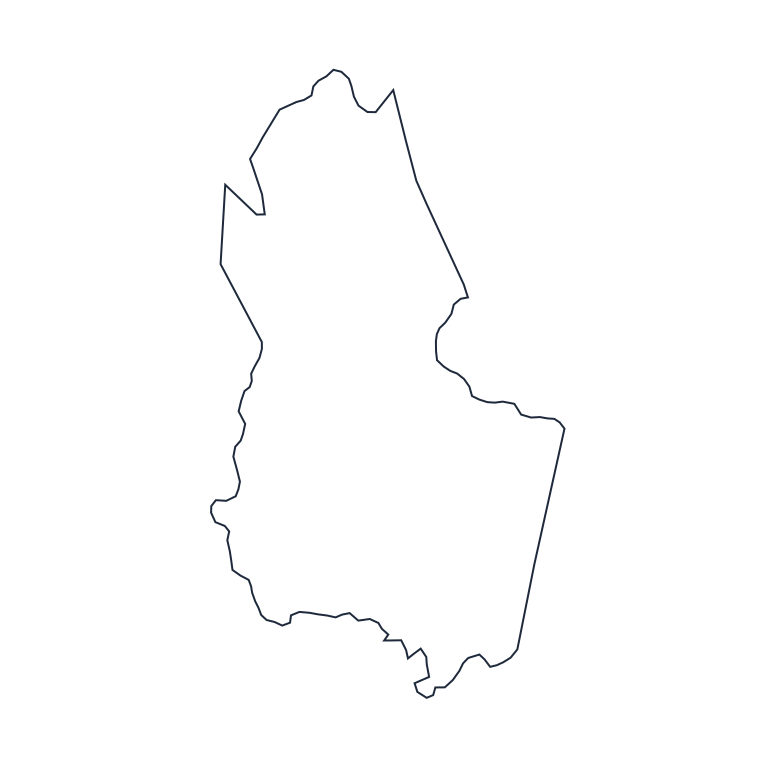 the district of Pojuca, Bahia, Brazil, rotated 111°
{"feature_id": "56859067B76883153618949", "entity_name": "Pojuca", "entity_type": "district", "adm_level": 2, "iso_a3": "BRA", "parent_name": "Brazil", "parent_adm1": "Bahia", "projection": "orthographic", "projection_center": [-38.236, -12.36], "detail": "fine", "context": "isolated", "style": "outline", "palette": "slate", "viewbox_px": 768, "rotation_deg": 111, "n_neighbors": 0, "source": "geoboundaries", "source_scale": "gbopen_adm2", "svg_char_len": 1882}
<svg xmlns="http://www.w3.org/2000/svg" viewBox="0 0 768 768"><g transform="rotate(111 384 384)"><path d="M361.0,199.5L356.9,206.2L355.5,212.5L357.5,218.9L359.0,226.6L362.6,234.7L363.4,245.0L355.8,255.2L357.9,266.8L361.7,273.9L363.9,281.0L364.4,289.4L363.7,297.5L355.9,303.3L350.7,311.0L348.0,319.5L348.0,326.8L346.3,334.5L342.8,343.0L335.1,347.0L325.4,350.9L318.6,352.5L312.0,352.2L304.8,348.8L294.4,346.2L284.8,347.3L277.0,343.0L273.1,336.7L262.5,345.2L256.3,351.6L200.8,408.6L182.6,426.7L149.4,450.5L106.3,480.7L133.2,489.2L136.0,496.9L133.3,507.5L126.6,515.0L117.4,521.3L111.6,526.2L107.8,535.7L108.8,543.8L117.5,548.1L124.4,553.9L131.5,556.6L140.6,555.1L147.5,560.5L152.2,566.9L158.9,573.5L165.3,579.8L197.0,585.6L209.1,587.2L221.9,589.7L230.2,582.7L250.7,565.8L268.4,556.1L271.5,563.7L254.9,603.6L330.7,579.5L388.6,513.1L394.9,510.6L404.2,509.6L413.7,511.0L422.0,511.7L428.6,508.5L435.0,508.3L440.6,511.7L451.0,511.3L461.6,509.9L471.0,499.3L481.4,497.7L488.2,497.5L495.9,500.4L505.8,498.6L516.8,490.5L526.8,483.5L534.4,482.2L541.9,482.2L549.6,489.4L552.7,499.3L559.8,501.5L566.1,499.3L573.4,491.9L573.6,481.7L577.1,475.7L586.0,474.3L595.4,468.0L603.3,463.5L611.9,458.8L614.3,449.3L615.4,440.1L620.5,435.6L626.1,432.3L633.0,426.4L637.8,421.1L643.7,415.8L646.4,409.0L645.4,400.9L646.0,392.4L640.5,386.2L633.3,387.9L627.1,381.3L624.3,371.6L622.7,363.1L620.5,354.0L619.2,345.5L614.4,340.6L610.2,334.0L614.1,323.2L608.5,313.1L609.1,303.6L613.3,298.3L616.4,290.2L623.4,291.9L621.0,285.8L617.1,276.1L624.5,268.0L631.6,263.3L624.7,259.2L617.9,254.9L623.7,246.7L630.6,243.5L641.3,236.9L646.8,242.5L652.4,248.2L659.5,242.5L661.7,231.7L656.8,226.6L648.9,227.3L645.4,218.5L635.8,213.7L624.7,210.8L616.5,210.1L609.6,207.2L602.4,198.0L605.1,191.4L610.0,183.5L606.1,177.9L601.0,172.9L594.1,167.7L584.0,164.4L498.6,179.0L361.0,199.5Z" fill="none" stroke="#1e293b" stroke-width="2"/></g></svg>